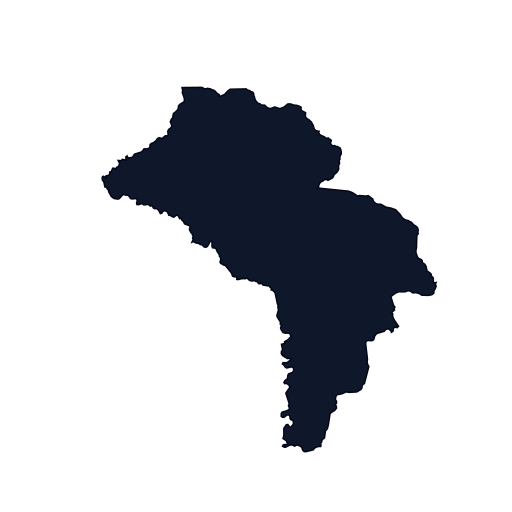 Itacajá, Tocantins, Brazil, rotated 210°
{"feature_id": "56859067B1314671145459", "entity_name": "Itacajá", "entity_type": "district", "adm_level": 2, "iso_a3": "BRA", "parent_name": "Brazil", "parent_adm1": "Tocantins", "projection": "albers", "projection_center": [-47.679, -8.502], "detail": "fine", "context": "isolated", "style": "filled", "palette": "ink", "viewbox_px": 512, "rotation_deg": 210, "n_neighbors": 0, "source": "geoboundaries", "source_scale": "gbopen_adm2", "svg_char_len": 6132}
<svg xmlns="http://www.w3.org/2000/svg" viewBox="0 0 512 512"><g transform="rotate(210 256 256)"><path d="M348.1,395.8L361.8,387.5L362.9,385.1L364.0,380.2L367.2,375.9L368.4,377.3L371.5,377.5L373.6,378.3L375.6,378.5L377.1,378.0L378.9,378.0L381.8,377.0L382.9,375.8L384.2,375.1L387.2,375.0L404.3,364.9L402.0,362.3L401.6,360.7L397.0,356.8L395.3,353.9L397.7,349.4L398.2,347.3L397.0,344.6L397.1,343.1L398.0,339.7L398.8,338.2L397.2,333.7L397.7,332.1L397.3,329.3L394.8,327.4L393.8,326.1L393.8,324.6L395.0,321.8L394.7,319.7L392.5,316.9L393.2,315.6L394.7,314.7L395.9,311.3L396.9,310.4L398.7,310.3L400.0,308.8L400.3,305.8L401.5,302.8L403.0,301.1L403.4,299.4L402.2,296.9L403.0,295.3L404.0,294.2L406.6,292.8L406.6,291.4L407.3,288.7L412.0,283.7L412.4,281.8L412.1,280.0L414.8,277.7L416.8,277.1L417.7,278.2L418.3,276.8L416.5,274.0L420.1,272.9L420.2,271.3L423.2,269.8L420.3,267.8L420.0,266.1L420.1,264.4L421.1,263.0L420.9,261.0L422.6,261.1L424.0,260.4L423.5,256.4L424.6,255.8L423.5,252.9L426.1,250.1L425.4,248.6L428.2,248.7L428.6,247.4L427.7,245.8L426.6,244.6L425.3,244.6L421.3,240.2L419.8,240.8L418.2,239.6L416.5,239.3L415.8,238.0L411.1,235.2L407.7,234.8L404.1,236.2L403.1,237.3L401.8,243.0L399.1,243.6L397.6,244.5L395.9,244.3L393.4,243.1L392.1,243.3L388.0,246.1L386.5,244.4L385.9,242.1L384.9,241.0L383.2,241.8L381.0,244.4L378.6,244.1L375.3,246.8L372.4,246.4L371.3,247.7L368.7,246.2L367.1,246.4L365.9,247.5L363.0,246.8L360.0,244.9L358.9,246.1L359.0,248.0L358.0,249.4L356.0,250.0L354.4,249.6L351.8,247.7L350.2,248.4L348.5,248.1L346.6,248.5L345.2,251.7L343.4,252.0L340.8,250.2L339.7,251.2L337.9,249.9L335.8,249.5L334.0,248.1L329.0,248.9L327.4,248.4L327.4,246.7L326.4,245.2L323.6,243.5L322.1,243.8L321.7,242.4L320.1,241.6L320.0,240.0L318.7,238.8L318.4,235.9L317.3,237.3L315.9,237.1L313.9,237.4L312.0,238.3L310.1,238.0L308.5,238.7L305.3,237.9L303.8,238.5L302.9,239.9L302.8,242.9L303.2,244.7L302.4,246.0L301.0,246.1L299.2,242.7L297.8,241.4L294.7,242.6L291.8,240.4L288.5,238.8L287.3,237.3L285.7,236.8L284.4,234.2L284.2,232.8L283.0,232.0L279.2,232.0L278.0,232.5L268.6,228.9L266.2,226.8L264.6,227.0L263.5,227.8L261.9,227.9L260.9,226.1L259.6,226.7L256.8,229.4L253.7,231.1L252.7,232.5L249.9,231.7L248.2,231.8L246.4,232.7L245.0,234.1L243.5,233.8L242.0,234.4L240.0,233.4L238.6,233.9L238.1,235.4L235.5,234.3L229.1,236.7L228.2,235.9L226.2,235.6L225.9,234.2L224.5,234.7L221.1,233.7L213.5,225.2L212.2,224.4L211.7,223.0L209.5,220.3L208.2,214.9L206.8,213.6L201.5,210.8L201.1,209.2L199.4,208.8L198.8,206.0L197.3,204.7L194.3,203.2L191.8,203.9L189.1,205.6L187.1,205.2L185.5,203.6L186.5,199.4L188.4,196.0L187.4,194.6L189.8,192.3L186.1,188.1L186.3,186.1L185.2,184.0L183.2,183.0L179.4,182.9L177.4,182.9L175.9,184.1L174.0,184.1L175.2,180.4L176.4,178.7L179.3,177.2L179.2,175.7L177.8,175.6L174.9,174.3L173.3,174.4L170.0,177.6L168.6,178.0L167.3,177.4L166.4,176.1L166.0,174.8L166.3,173.3L168.9,170.2L168.8,168.7L167.5,165.5L168.7,162.4L168.6,160.4L167.3,159.8L166.2,160.7L164.9,160.9L162.9,160.6L161.1,159.4L161.6,152.1L153.4,144.7L153.0,142.5L150.7,140.8L150.9,139.1L152.1,137.2L155.4,133.8L155.4,132.3L154.1,129.8L152.5,129.5L151.1,130.3L149.7,133.7L148.1,134.8L146.3,134.0L145.4,132.4L144.1,131.7L142.1,132.0L140.7,131.1L139.6,129.1L140.3,125.3L141.3,124.7L144.1,126.0L145.5,125.0L145.4,123.4L145.8,121.9L145.5,120.2L142.3,114.8L141.3,111.4L137.4,111.2L136.0,110.0L134.5,109.5L135.2,108.0L137.0,107.0L138.0,105.9L137.9,104.5L136.4,104.5L134.9,105.0L132.2,109.0L130.5,110.4L127.3,110.7L126.7,112.1L125.2,113.2L121.6,113.4L120.4,112.9L118.3,111.1L116.5,110.7L114.9,111.5L109.5,116.7L109.3,118.7L108.2,120.6L106.6,122.3L104.7,123.4L105.3,124.9L106.4,125.9L106.1,127.4L107.0,130.7L106.0,131.5L105.8,133.0L108.4,139.2L107.8,141.9L108.9,145.9L113.0,156.4L112.4,158.4L110.7,161.4L110.2,164.5L111.5,166.2L113.1,167.0L112.7,168.9L113.7,170.5L115.4,171.3L116.4,173.7L116.8,176.0L112.5,179.8L110.1,183.3L106.9,184.6L100.7,188.7L98.4,192.9L98.3,194.7L99.1,196.6L99.2,198.3L98.3,199.7L103.0,216.7L104.9,217.8L106.6,219.4L107.9,222.4L117.4,235.2L118.0,237.3L116.9,238.7L113.2,240.6L112.2,242.4L113.2,246.3L112.6,249.3L107.3,254.9L106.9,257.1L105.5,258.9L103.7,259.1L101.9,258.7L100.6,257.6L99.7,259.5L100.6,261.2L100.7,262.6L99.8,264.2L98.0,264.4L97.4,266.4L104.6,269.9L107.3,271.9L108.8,274.3L110.3,275.1L109.0,278.5L110.2,279.7L110.1,281.2L111.7,281.8L113.4,283.1L118.9,288.3L116.6,293.7L114.4,296.4L109.7,299.1L108.4,300.1L107.4,301.6L104.9,302.8L101.9,302.4L99.1,304.2L96.0,305.1L93.0,304.9L87.1,308.0L84.4,310.3L83.4,312.6L84.6,315.2L84.4,316.9L84.9,320.1L86.4,320.9L86.8,323.1L87.9,322.1L89.3,322.0L91.4,325.5L92.8,326.2L94.3,326.2L95.1,327.8L96.6,328.3L100.4,328.6L103.6,332.1L105.6,333.2L108.8,333.6L109.7,335.1L111.3,335.6L113.7,335.2L115.7,335.9L119.3,339.0L120.6,341.5L120.9,343.0L126.3,352.9L127.1,355.1L126.6,356.4L127.7,357.6L128.4,359.5L129.6,360.8L131.4,361.7L135.2,361.9L138.4,363.0L139.6,362.6L141.5,362.9L145.0,361.9L148.5,362.3L151.6,363.9L158.1,365.9L162.7,365.1L167.9,363.3L173.6,363.3L176.7,361.7L178.4,361.4L180.7,361.8L182.3,362.6L183.2,363.7L188.9,364.4L190.9,362.8L196.8,360.0L197.9,358.7L204.0,359.1L208.1,358.5L236.6,345.7L236.3,347.1L237.0,348.7L237.2,351.0L236.5,353.2L235.4,354.6L235.1,355.9L233.9,357.1L232.8,357.6L231.5,357.5L228.9,361.6L228.6,363.4L229.0,364.7L228.7,366.5L227.8,368.7L227.7,370.5L227.8,372.6L229.8,375.7L229.8,377.3L230.2,378.5L231.6,379.8L231.7,381.9L232.8,383.5L233.3,385.5L233.1,387.1L235.4,390.2L237.0,391.5L240.2,391.6L241.6,390.8L243.1,391.0L244.5,389.7L246.1,390.0L247.6,390.6L248.3,391.9L248.4,393.5L249.6,394.2L251.0,393.8L252.6,394.4L253.6,393.0L256.7,393.4L260.1,393.0L261.7,393.1L263.2,394.0L263.8,395.6L265.2,394.9L267.3,394.6L269.1,395.2L271.7,397.7L275.0,399.7L278.4,400.5L280.5,400.4L282.1,401.0L283.2,401.8L284.7,404.9L289.6,404.7L290.6,405.9L291.2,407.3L292.9,407.5L296.2,406.8L299.0,405.5L301.8,405.1L304.4,403.7L306.2,399.1L308.2,396.5L309.4,395.4L314.2,394.5L317.3,390.8L320.3,390.1L323.9,391.0L326.9,389.4L328.4,389.8L330.7,389.3L333.7,390.3L335.5,391.5L337.1,393.2L338.4,394.1L339.1,395.4L340.6,396.3L342.6,395.9L344.4,396.1L346.2,395.5L348.1,395.8Z" fill="#0f172a" stroke="#020617" stroke-width="1.5"/></g></svg>